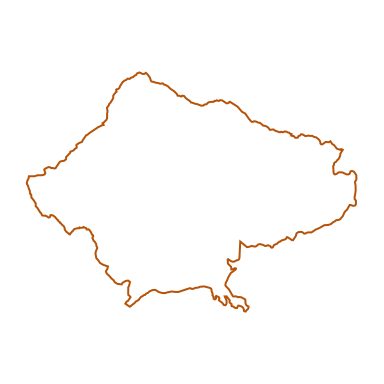 outline of Liberia, Guanacaste, Costa Rica, rotated 268°
{"feature_id": "36466004B57161008538161", "entity_name": "Liberia", "entity_type": "district", "adm_level": 2, "iso_a3": "CRI", "parent_name": "Costa Rica", "parent_adm1": "Guanacaste", "projection": "albers", "projection_center": [-85.52, 10.692], "detail": "fine", "context": "isolated", "style": "outline", "palette": "amber", "viewbox_px": 384, "rotation_deg": 268, "n_neighbors": 0, "source": "geoboundaries", "source_scale": "gbopen_adm2", "svg_char_len": 5959}
<svg xmlns="http://www.w3.org/2000/svg" viewBox="0 0 384 384"><g transform="rotate(268 192 192)"><path d="M219.6,45.1L216.0,46.1L214.6,45.2L214.0,42.8L214.1,38.3L213.2,34.9L213.4,29.6L211.0,29.0L209.4,28.0L206.8,27.2L205.9,27.3L204.0,28.3L200.6,29.2L199.4,29.8L195.5,30.3L195.1,31.2L192.1,31.3L189.7,33.2L186.1,35.4L183.3,35.3L181.4,37.0L176.9,39.6L176.2,40.4L173.9,41.4L173.6,42.1L173.5,44.4L172.6,46.4L171.5,47.6L171.7,48.9L172.6,49.5L173.7,49.6L173.9,50.1L173.6,51.9L172.0,54.1L169.0,56.4L168.6,57.1L167.8,57.3L166.3,59.0L165.7,59.1L165.2,60.0L164.1,60.6L162.5,62.5L160.5,63.5L158.9,63.5L156.8,64.9L154.0,68.0L154.0,68.7L154.9,68.9L155.8,70.2L156.7,70.7L157.2,71.6L158.1,72.2L159.1,73.2L159.8,76.4L159.7,77.9L160.5,78.4L160.1,79.4L160.1,81.6L160.8,82.3L159.5,84.9L158.2,85.4L158.3,87.4L157.9,87.9L155.5,89.5L152.9,90.6L152.1,91.6L151.0,91.7L150.0,90.9L149.2,91.0L146.7,92.0L145.7,93.1L143.3,94.4L141.5,94.6L139.8,95.3L139.2,95.3L135.9,93.8L133.6,93.4L129.2,94.1L127.2,95.8L124.2,97.7L122.3,100.8L120.5,105.4L118.0,104.7L115.8,103.2L114.4,103.5L112.6,104.7L111.1,106.4L108.5,108.4L106.6,110.5L104.4,111.8L102.8,114.3L102.1,118.5L103.7,119.4L105.5,122.8L105.7,125.1L104.3,126.9L100.4,125.8L99.0,125.0L93.3,124.7L91.3,124.8L90.1,126.2L89.0,126.9L85.4,124.2L84.8,122.9L82.7,121.5L79.5,125.8L83.1,130.8L84.4,131.9L85.8,134.7L89.1,137.5L89.3,138.4L90.6,140.3L90.9,141.6L91.9,142.4L92.9,144.7L94.2,146.1L95.3,148.9L95.5,151.8L93.0,155.7L92.0,159.3L91.9,161.8L92.5,163.6L93.3,168.4L92.7,171.6L92.6,174.9L95.8,185.9L95.9,187.2L95.3,187.9L95.1,189.6L96.0,191.8L96.4,195.5L97.0,196.6L97.2,201.0L95.5,206.6L94.6,207.9L92.0,208.2L89.6,209.1L88.2,208.8L86.7,209.7L84.7,209.9L83.9,210.7L83.9,211.4L84.6,212.2L85.3,212.3L85.8,212.0L86.6,212.0L87.3,212.6L85.9,215.1L84.9,215.7L83.0,215.1L82.5,215.4L80.3,218.3L78.0,219.8L77.6,221.5L79.2,222.6L82.1,222.8L86.5,221.1L86.5,222.9L82.4,225.9L80.3,225.7L78.5,227.7L77.2,227.4L76.5,227.7L76.0,229.5L75.1,230.3L74.5,231.8L74.5,232.9L76.8,234.2L76.8,235.0L76.0,237.2L75.2,238.5L74.3,239.1L72.9,239.7L71.3,239.8L70.9,240.3L70.7,241.5L72.2,242.6L72.9,243.7L74.3,244.4L75.6,244.5L76.6,242.7L77.7,242.0L78.8,241.6L82.7,241.5L84.7,238.3L85.2,237.0L85.4,235.6L85.3,233.8L85.8,233.3L86.2,232.1L86.1,230.0L86.4,229.2L93.3,225.6L96.9,222.4L97.9,222.1L100.2,222.6L102.1,223.8L106.3,225.7L109.7,228.0L112.9,232.8L113.8,233.3L114.2,233.1L114.3,232.1L113.6,230.8L113.2,228.6L115.8,228.5L119.2,225.4L123.3,225.3L123.6,225.8L121.6,228.5L120.9,230.2L121.0,231.9L122.0,233.7L122.3,235.4L123.0,236.5L124.3,237.1L140.8,238.5L135.0,245.0L135.0,246.0L136.0,249.9L135.4,252.0L135.3,253.7L136.1,255.1L137.1,256.1L137.6,257.9L136.7,261.0L135.6,263.0L135.5,264.2L136.0,265.4L136.0,266.6L135.1,268.4L134.1,268.9L133.6,269.6L133.6,270.2L134.4,271.2L135.9,271.9L136.3,272.5L137.3,275.1L139.2,277.3L139.5,278.6L140.5,280.0L141.5,283.7L142.3,284.6L143.5,285.1L143.5,285.9L140.3,290.4L140.3,291.3L144.2,294.1L147.1,295.1L148.3,297.2L148.3,299.5L148.0,300.9L146.5,302.7L146.5,303.8L147.4,305.5L147.6,307.2L147.4,309.9L150.2,314.5L151.8,318.6L154.2,323.0L154.3,326.9L155.0,329.5L156.9,332.0L157.6,333.5L158.8,335.2L159.0,337.7L159.9,339.4L162.7,341.9L166.2,343.6L167.9,345.0L168.7,346.2L173.5,349.1L173.5,350.0L172.6,352.4L172.6,353.9L173.3,355.0L174.5,355.4L177.8,355.5L179.0,354.4L181.7,354.3L183.0,354.8L187.5,355.6L192.7,355.7L196.4,355.2L198.7,356.7L202.6,356.8L203.6,356.5L206.7,354.5L207.4,352.7L207.2,351.3L204.5,350.0L204.1,348.8L204.3,346.9L206.2,343.3L206.4,342.4L206.5,339.3L206.2,338.6L205.2,337.5L204.6,335.7L204.7,335.1L205.3,334.5L206.3,334.2L212.9,334.0L214.0,334.8L215.7,335.0L216.5,335.6L217.2,337.1L218.6,338.1L220.2,339.9L223.0,341.3L225.3,341.7L228.9,344.2L229.6,342.9L229.5,342.6L229.0,342.5L229.5,342.2L229.5,341.7L229.1,341.5L229.2,340.8L230.3,338.2L233.7,335.8L235.1,333.8L237.9,332.1L237.0,330.8L237.3,327.2L235.4,324.5L235.1,323.9L235.1,322.8L235.7,322.2L238.0,321.8L239.3,321.2L240.5,320.1L242.2,318.1L242.8,315.8L243.9,314.2L243.9,312.4L244.3,310.2L243.9,307.3L245.6,304.7L245.9,303.0L244.6,301.8L244.1,300.3L242.7,299.7L242.5,297.7L242.8,296.9L244.5,295.4L244.5,294.3L244.9,293.1L245.6,293.0L246.0,293.5L246.5,293.5L246.7,292.2L247.8,291.3L248.0,290.2L249.0,288.3L249.3,286.9L248.6,285.2L248.6,284.3L249.1,283.3L248.7,282.6L248.7,281.6L250.4,277.2L251.7,275.4L251.4,272.0L253.7,270.4L254.5,269.5L255.5,267.5L255.8,265.6L258.8,262.3L259.0,260.5L259.9,259.1L260.5,257.1L260.4,256.0L260.0,255.5L260.0,254.3L260.4,253.7L263.2,251.4L268.5,248.0L270.4,244.8L275.7,240.5L280.8,233.1L280.8,232.5L280.1,232.1L279.5,231.1L279.4,229.7L282.5,225.3L282.8,223.4L282.0,221.8L282.8,220.0L282.2,218.8L282.3,217.7L281.3,216.6L281.4,214.2L281.1,212.0L280.4,210.7L279.3,209.7L278.9,207.4L278.1,206.5L277.9,204.3L279.6,200.4L280.1,198.2L281.4,194.9L281.5,194.1L283.0,193.0L285.7,189.4L288.3,187.3L288.6,185.6L287.9,184.9L287.8,184.4L288.7,182.5L288.7,181.0L290.6,180.2L293.1,177.9L296.1,173.8L298.4,171.7L299.9,169.3L300.3,167.8L301.6,166.5L301.3,163.9L302.2,161.8L302.5,159.4L303.1,158.2L303.9,155.3L304.4,154.9L307.9,153.9L311.7,151.2L312.7,150.0L311.8,148.8L311.6,147.8L312.0,146.1L313.3,143.7L312.4,141.2L310.7,140.0L310.1,138.4L308.8,137.1L308.3,134.8L307.2,133.7L307.5,131.6L306.2,130.0L305.5,128.0L304.7,127.3L304.4,126.6L300.2,123.7L298.9,123.3L298.2,122.7L297.4,121.6L297.3,120.3L296.9,119.8L294.8,120.1L294.5,119.3L293.6,118.8L292.2,117.4L290.8,116.6L289.0,116.6L287.6,116.0L284.2,113.7L282.8,112.3L281.4,111.8L279.2,110.0L275.1,110.4L273.2,109.9L268.7,109.7L267.1,109.0L264.6,106.3L263.9,105.0L263.6,105.0L262.9,105.8L262.0,106.0L261.8,104.3L260.5,101.7L260.4,101.0L254.1,91.0L252.9,89.6L252.4,88.2L247.8,84.8L245.9,83.8L244.9,80.9L243.4,78.5L242.8,78.0L241.0,78.4L240.1,78.1L239.1,76.3L238.0,75.4L237.1,73.7L236.6,71.8L235.4,71.6L231.3,67.4L229.2,67.3L228.8,66.9L227.6,65.1L227.4,62.9L226.9,61.0L220.5,56.4L220.3,55.2L220.8,53.9L220.9,52.1L221.8,50.7L221.8,49.1L220.5,46.2L219.6,45.1Z" fill="none" stroke="#b45309" stroke-width="2"/></g></svg>